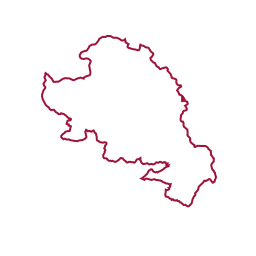 the district of Barzava, Arad, Romania, rotated 70°
{"feature_id": "2599482B44440142335620", "entity_name": "Barzava", "entity_type": "district", "adm_level": 2, "iso_a3": "ROU", "parent_name": "Romania", "parent_adm1": "Arad", "projection": "mercator", "projection_center": [22.115, 46.112], "detail": "fine", "context": "isolated", "style": "outline", "palette": "rose", "viewbox_px": 256, "rotation_deg": 70, "n_neighbors": 0, "source": "geoboundaries", "source_scale": "gbopen_adm2", "svg_char_len": 5806}
<svg xmlns="http://www.w3.org/2000/svg" viewBox="0 0 256 256"><g transform="rotate(70 128 128)"><path d="M112.3,193.2L113.8,193.9L116.5,192.5L116.4,191.2L117.9,189.4L118.7,187.1L119.6,186.5L122.2,182.0L123.1,180.0L123.0,177.8L123.7,175.2L123.7,174.1L123.4,172.0L122.9,171.4L122.7,170.5L122.1,170.1L117.0,169.5L115.3,168.0L115.5,167.7L117.2,167.1L117.4,166.8L117.5,165.2L118.9,163.9L119.0,163.4L118.7,162.8L118.4,161.4L118.5,161.2L119.6,160.9L120.8,161.0L121.5,160.7L121.8,160.2L122.7,160.0L124.0,160.4L125.0,160.3L128.6,161.4L129.2,161.2L130.6,159.8L131.3,159.6L131.9,158.9L133.4,156.2L133.3,155.1L133.8,154.0L134.1,153.6L135.0,153.4L135.8,153.9L136.3,154.5L136.6,155.4L136.8,155.6L137.8,156.0L138.9,157.3L140.4,156.8L141.1,156.9L141.8,157.9L142.8,158.1L143.2,158.4L144.8,160.4L146.6,161.1L147.9,161.0L148.3,160.5L149.1,158.8L149.9,158.1L150.5,158.3L152.5,156.9L152.8,155.5L153.6,154.7L153.5,153.9L155.5,151.7L155.5,150.2L154.6,146.9L153.8,145.7L153.8,144.7L154.5,144.0L154.7,143.4L156.4,142.9L159.0,141.2L159.8,141.2L160.3,140.1L160.1,138.6L160.4,137.8L161.6,135.9L161.9,134.7L162.4,134.5L162.8,133.6L162.5,133.0L160.6,130.5L160.7,129.3L161.0,128.5L160.5,126.6L161.5,126.9L162.1,127.6L163.4,127.2L164.9,127.3L166.9,126.2L167.3,125.3L167.7,121.9L169.5,120.7L169.7,118.3L170.7,117.1L170.9,116.0L170.6,114.4L170.0,113.1L170.6,112.1L171.0,111.2L170.7,110.2L170.8,109.3L171.5,108.3L172.3,107.8L172.6,107.3L172.3,105.4L172.6,105.8L172.6,105.2L173.1,105.2L173.5,104.7L173.5,104.4L174.4,104.2L174.6,103.9L174.8,103.2L175.6,104.4L175.8,103.9L176.0,104.1L176.1,104.4L176.3,104.3L176.5,103.5L177.0,103.5L177.0,103.2L177.2,103.5L177.2,102.9L177.6,102.8L177.8,103.9L177.6,104.6L178.3,108.0L178.8,108.4L179.6,113.0L179.5,114.4L179.8,115.5L179.1,116.2L179.1,117.4L178.8,117.9L177.2,119.2L175.3,119.5L174.8,120.1L174.7,121.0L175.1,122.0L175.0,122.4L176.1,124.2L177.2,125.1L177.7,125.8L178.0,126.9L179.0,128.7L179.3,130.1L180.0,131.4L180.1,132.6L182.4,130.3L181.8,129.4L181.8,128.3L182.3,127.1L184.7,124.0L185.2,120.6L186.5,119.3L187.1,117.6L187.9,116.9L188.2,115.7L188.9,115.2L189.3,114.5L190.4,114.0L192.1,112.0L193.0,111.4L193.8,109.7L195.1,108.3L195.3,107.1L196.5,107.8L196.2,108.1L196.6,108.2L198.2,109.2L198.5,109.5L198.4,109.8L198.6,109.7L199.6,110.3L199.7,110.7L199.7,111.3L199.8,111.8L199.5,112.8L198.9,113.6L201.4,114.6L202.9,115.6L205.2,116.0L206.3,114.3L207.3,113.4L208.5,113.0L209.1,111.9L210.5,111.6L210.3,110.2L211.6,109.8L211.9,108.7L212.6,107.9L212.5,106.7L213.5,106.4L214.3,104.9L215.7,104.6L216.3,103.5L217.7,102.9L219.4,102.0L219.8,100.3L221.2,99.5L221.4,99.0L222.1,98.6L222.3,98.1L222.2,97.3L220.5,93.9L216.4,91.2L215.6,90.1L214.8,89.4L214.2,87.8L213.1,87.3L212.3,87.3L210.3,83.7L209.4,82.9L208.2,82.2L207.2,81.3L205.0,76.2L203.7,74.4L203.7,74.0L204.5,73.1L204.2,72.3L204.3,71.6L203.7,69.5L203.8,69.2L204.7,68.1L205.9,68.0L208.4,67.1L208.5,66.9L208.0,66.0L208.0,65.0L206.3,63.9L205.3,62.8L203.8,62.0L202.0,62.0L199.7,61.6L198.2,62.3L197.4,62.0L195.8,63.0L191.7,62.6L190.1,61.4L189.0,59.2L188.6,58.8L187.2,58.4L186.0,57.7L184.7,58.4L182.7,58.7L182.2,59.1L180.7,58.9L177.9,58.0L177.5,58.4L176.2,58.9L175.4,59.6L174.2,59.6L172.9,60.2L171.4,61.4L170.8,63.0L170.4,63.8L170.2,64.7L168.5,68.8L168.8,71.5L168.5,71.9L168.2,72.0L166.7,71.4L165.2,72.7L162.8,74.0L160.3,73.8L159.8,73.3L159.2,73.2L158.6,73.2L156.2,74.4L155.2,74.6L153.1,73.7L149.7,72.7L149.0,73.4L147.5,74.0L146.2,74.9L144.7,75.0L142.4,74.1L141.5,74.1L140.8,74.2L140.4,75.2L139.7,75.7L138.6,75.9L137.0,75.3L133.8,73.5L132.8,71.5L132.0,70.8L131.5,70.7L131.1,69.7L131.0,68.9L131.2,67.7L131.1,66.7L130.0,66.1L126.6,66.7L126.2,64.6L125.7,63.6L125.1,63.4L124.5,63.6L123.5,63.4L121.5,66.1L121.4,67.5L121.2,67.9L119.1,67.2L119.2,66.9L119.6,66.9L119.3,66.7L120.1,66.6L119.6,66.6L119.7,66.4L119.3,66.3L120.2,66.1L120.3,65.9L119.7,65.8L119.0,66.3L118.4,65.7L118.7,65.4L118.3,65.5L117.3,65.7L116.7,66.1L116.8,66.5L116.1,66.4L115.5,66.7L115.0,67.1L114.7,67.7L114.1,68.4L113.3,68.1L112.2,68.5L111.2,68.4L109.4,69.0L107.9,66.8L107.3,63.9L106.0,63.8L105.1,66.1L103.0,67.1L101.2,66.9L99.6,66.1L98.7,66.2L97.6,67.3L96.5,69.0L95.7,69.7L94.6,69.4L93.0,69.6L91.9,69.5L87.6,71.3L86.4,70.4L84.6,70.9L84.1,71.3L84.0,71.7L83.6,74.8L83.8,77.3L83.6,77.8L81.3,78.5L80.6,79.4L79.7,80.0L76.0,80.5L75.3,81.6L74.8,81.9L72.3,83.1L70.4,83.2L69.7,82.8L69.2,81.1L68.1,79.9L67.8,79.2L66.4,78.8L64.2,80.3L59.7,81.3L59.0,82.2L58.5,83.5L55.9,85.5L54.9,87.5L54.1,87.6L53.9,87.9L55.4,88.9L56.8,89.4L58.3,90.7L58.6,91.2L58.2,92.4L56.7,94.2L56.2,95.5L53.0,99.9L52.5,100.4L51.5,100.7L50.4,100.0L49.4,98.8L46.6,101.0L45.2,100.5L43.6,100.5L44.2,101.5L43.8,103.8L41.1,105.8L39.4,107.6L38.1,111.0L35.7,112.9L34.4,116.1L34.7,118.1L33.7,120.7L34.2,123.5L34.5,124.6L35.7,125.8L37.6,128.7L38.1,130.1L38.0,131.1L37.3,133.6L37.9,136.2L39.4,137.8L41.0,140.1L41.1,141.3L40.8,143.7L40.9,145.0L41.2,146.5L42.2,147.4L42.9,148.4L43.9,148.8L45.4,148.8L46.8,148.0L47.9,146.3L48.2,144.9L48.3,143.4L49.3,141.7L51.5,140.2L52.6,140.2L55.9,143.1L62.6,144.2L64.6,145.1L65.3,146.0L65.2,149.9L65.6,152.4L66.4,152.8L64.4,155.4L64.2,158.1L64.5,162.2L64.3,163.2L61.3,166.2L59.7,170.0L59.5,172.2L60.7,177.3L59.2,182.2L55.3,182.8L53.3,184.0L50.5,184.9L49.7,185.8L48.2,186.7L48.5,187.0L50.4,187.7L51.6,189.1L52.6,189.2L55.0,188.9L57.4,192.3L59.4,192.4L61.2,191.7L61.8,191.9L62.6,192.7L63.5,194.3L66.3,196.6L67.5,197.4L69.1,198.0L71.7,198.3L78.0,197.5L80.1,196.5L81.5,195.4L83.4,195.1L84.6,194.4L85.0,194.1L85.1,192.8L85.5,191.4L88.6,190.3L89.7,189.2L91.4,188.4L91.8,186.7L91.3,186.1L91.3,185.6L92.2,184.7L92.8,183.5L93.6,183.2L95.1,182.0L98.5,180.5L99.6,178.7L100.2,178.6L100.7,178.9L101.1,180.1L100.7,180.7L100.5,181.3L100.8,182.6L103.2,184.3L104.5,182.4L105.5,183.0L106.8,181.1L110.8,183.8L110.1,187.3L110.1,188.2L110.9,189.2L111.4,191.5L111.9,192.2L112.3,193.2Z" fill="none" stroke="#9f1239" stroke-width="2"/></g></svg>